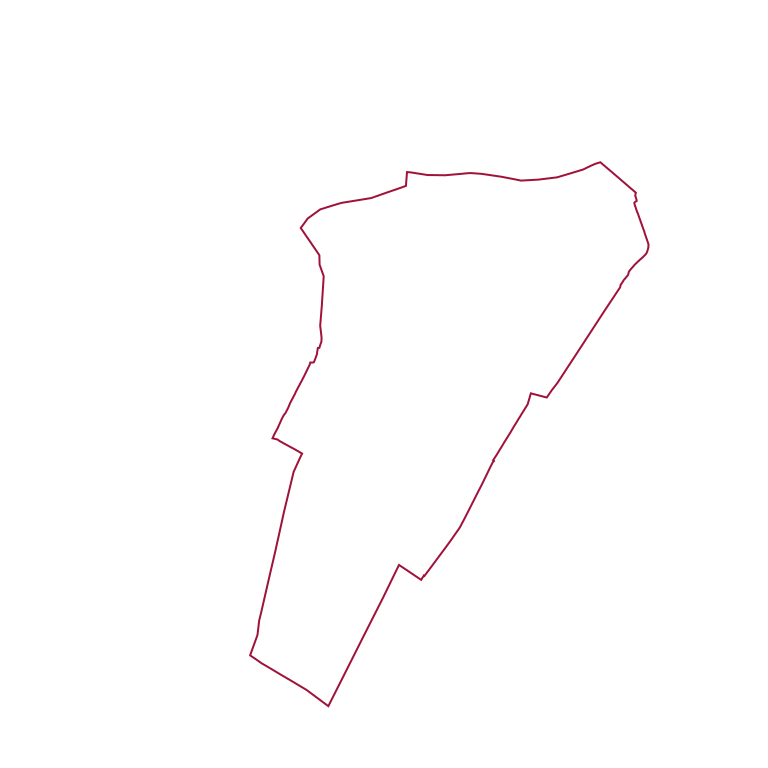 outline of Dichiseni, Calarasi, Romania, rotated 212°
{"feature_id": "2599482B41972871086325", "entity_name": "Dichiseni", "entity_type": "district", "adm_level": 2, "iso_a3": "ROU", "parent_name": "Romania", "parent_adm1": "Calarasi", "projection": "natural_earth1", "projection_center": [27.525, 44.237], "detail": "fine", "context": "isolated", "style": "outline", "palette": "rose", "viewbox_px": 768, "rotation_deg": 212, "n_neighbors": 0, "source": "geoboundaries", "source_scale": "gbopen_adm2", "svg_char_len": 3400}
<svg xmlns="http://www.w3.org/2000/svg" viewBox="0 0 768 768"><g transform="rotate(212 384 384)"><path d="M353.7,82.9L353.1,82.9L347.0,82.7L339.8,82.3L333.3,82.5L317.9,82.8L303.1,83.2L298.7,83.3L293.1,83.4L288.8,83.5L287.5,83.5L282.8,83.1L260.5,81.3L260.6,82.4L261.0,86.8L263.6,115.2L265.6,136.8L267.6,158.3L271.5,201.5L275.4,238.5L248.7,237.6L248.7,242.7L248.0,242.6L246.9,255.8L245.5,273.1L245.0,279.1L244.6,285.0L244.3,289.6L244.2,292.4L244.0,295.6L243.9,297.7L243.7,300.7L243.7,302.6L243.8,304.8L244.0,306.8L244.2,310.2L244.4,312.4L245.0,319.6L246.9,340.5L247.8,351.1L248.9,361.6L249.8,369.8L250.1,373.1L250.3,375.6L250.0,376.3L249.9,377.0L250.7,377.3L251.1,377.3L251.0,379.6L250.9,383.9L251.0,388.5L251.0,393.5L251.1,398.2L251.1,402.4L251.1,406.4L251.1,409.9L251.2,413.1L251.3,417.2L251.3,422.8L251.4,427.1L251.3,428.7L251.4,430.8L251.4,442.3L251.4,442.9L254.5,453.9L238.8,458.8L238.4,467.9L237.5,476.8L236.7,514.4L235.8,562.2L235.0,590.9L235.5,592.7L235.8,593.2L235.7,597.9L235.8,598.8L234.8,605.6L234.9,606.1L235.2,607.2L235.7,608.5L235.8,609.4L235.6,611.8L235.0,615.5L234.6,618.1L233.0,624.4L231.9,627.9L231.4,630.1L230.9,632.1L230.7,633.5L230.9,635.4L231.4,637.4L232.2,640.0L233.0,641.2L233.5,642.4L234.4,643.2L240.3,648.0L242.9,650.1L243.9,651.1L246.9,653.4L253.4,658.6L257.8,662.1L261.8,665.1L266.6,669.1L267.7,670.2L267.5,671.4L267.5,671.6L266.8,672.9L266.7,673.2L267.7,674.3L270.9,677.0L271.7,679.5L271.8,679.7L299.9,684.0L313.6,686.0L318.0,686.7L318.8,685.8L321.4,682.8L324.0,679.0L324.1,678.9L328.8,671.4L336.3,662.8L346.7,651.0L361.3,639.2L375.6,629.1L378.6,628.0L388.0,624.4L394.2,622.0L412.7,613.9L422.5,608.7L426.2,606.0L429.8,603.2L442.8,593.4L457.8,584.3L462.3,582.4L473.7,577.5L476.1,576.3L476.8,575.9L474.5,571.5L470.8,564.4L470.4,563.6L474.5,558.4L481.9,549.3L493.4,534.9L504.8,524.9L516.1,515.0L523.4,506.7L530.6,498.3L533.5,491.1L536.4,484.0L536.8,478.1L537.3,472.2L507.1,459.0L504.5,455.1L501.9,451.1L492.2,443.4L478.2,417.4L471.0,403.5L469.0,399.6L464.4,393.9L461.5,390.2L459.7,387.1L459.4,386.2L459.3,385.9L459.0,384.3L458.6,382.7L458.0,380.4L458.5,380.0L459.1,379.6L459.0,379.3L459.0,379.0L457.8,376.2L456.6,373.5L455.7,369.2L455.0,365.4L455.3,365.0L455.6,364.6L455.9,364.4L456.2,364.1L457.0,363.7L457.9,363.2L457.6,362.3L457.3,361.3L456.9,357.7L456.5,354.0L456.0,349.2L455.6,344.4L455.4,342.2L455.3,340.0L455.1,337.8L455.0,335.6L454.9,334.3L454.7,331.9L454.6,330.8L454.6,330.6L454.6,330.4L454.4,329.3L454.2,328.1L454.2,327.1L454.1,326.1L454.0,324.8L453.9,323.5L453.8,322.0L453.7,320.5L453.6,319.1L453.5,317.7L453.3,317.1L453.2,316.5L453.1,315.7L453.0,314.9L452.9,314.3L452.7,313.7L452.2,307.4L452.2,306.9L452.2,306.5L452.3,306.0L452.4,305.5L452.4,305.0L452.5,304.6L452.4,303.1L452.3,301.6L452.2,300.3L452.0,299.0L451.7,296.8L451.4,294.6L451.2,293.1L451.0,291.6L450.9,291.5L450.9,291.1L450.8,290.7L450.7,288.8L450.6,287.0L450.5,285.5L450.4,284.1L450.3,282.7L450.1,281.2L450.0,280.5L449.8,279.7L449.8,279.4L449.7,279.0L449.7,278.9L447.3,279.7L444.8,280.5L443.5,280.4L442.2,280.3L440.6,280.4L439.0,280.5L437.9,280.5L436.9,280.6L431.4,280.9L425.8,281.3L423.0,281.4L420.3,281.5L418.9,281.5L417.4,281.6L416.6,281.6L416.1,276.9L415.5,272.3L414.1,261.7L407.5,241.9L400.9,222.1L396.9,210.9L392.9,199.7L390.3,192.3L387.7,185.0L378.4,157.8L366.7,124.0L364.5,117.2L361.4,110.7L358.3,104.1L354.9,88.3L353.8,83.1L353.7,82.9Z" fill="none" stroke="#9f1239" stroke-width="2"/></g></svg>